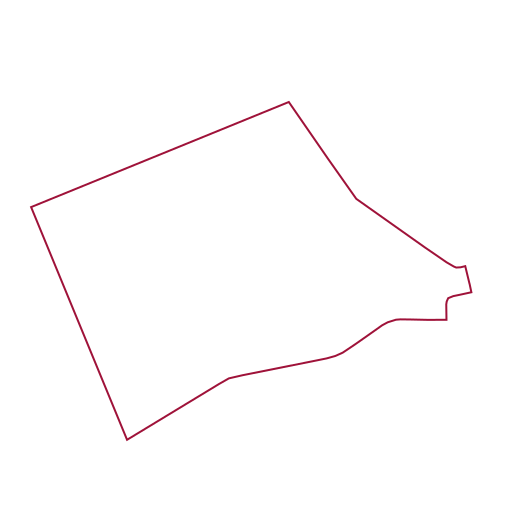 the district of El Mina, Nouakchott, Mauritania, rotated 68°
{"feature_id": "47542326B34919448738513", "entity_name": "El Mina", "entity_type": "district", "adm_level": 2, "iso_a3": "MRT", "parent_name": "Mauritania", "parent_adm1": "Nouakchott", "projection": "orthographic", "projection_center": [-15.982, 18.027], "detail": "fine", "context": "isolated", "style": "outline", "palette": "rose", "viewbox_px": 512, "rotation_deg": 68, "n_neighbors": 0, "source": "geoboundaries", "source_scale": "gbopen_adm2", "svg_char_len": 594}
<svg xmlns="http://www.w3.org/2000/svg" viewBox="0 0 512 512"><g transform="rotate(68 256 256)"><path d="M386.5,103.3L372.1,97.7L369.6,96.2L367.1,93.6L367.1,90.7L367.1,88.1L368.2,82.1L370.3,69.9L361.8,68.4L361.5,68.4L343.8,65.8L343.1,70.6L341.7,74.7L339.9,76.5L333.2,81.7L311.3,96.2L240.6,141.6L193.3,152.7L125.5,167.9L126.4,446.2L378.1,444.4L360.8,338.1L359.3,327.0L361.5,313.2L375.6,238.6L377.4,228.9L378.4,220.0L378.1,211.8L374.9,196.6L371.0,179.8L367.5,165.0L366.8,158.7L367.5,150.1L368.9,145.7L372.8,136.4L379.5,120.8L386.5,103.3Z" fill="none" stroke="#9f1239" stroke-width="2"/></g></svg>